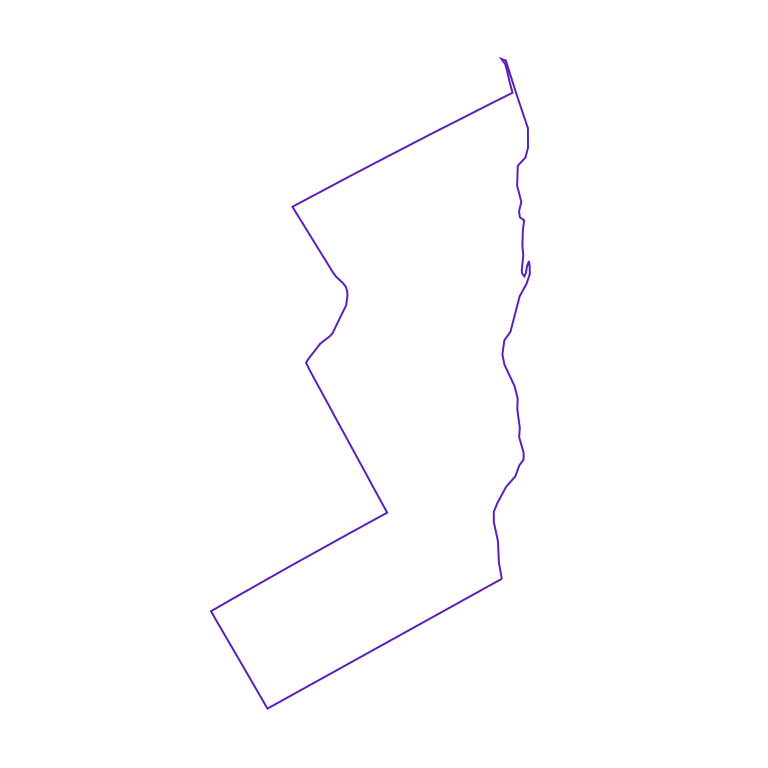 the border of Western Sahara, rotated 152°
{"feature_id": "ESH", "entity_name": "Western Sahara", "entity_type": "country or territory", "adm_level": 0, "iso_a3": "ESH", "parent_name": "Africa", "parent_adm1": "", "projection": "orthographic", "projection_center": [-13.3, 24.236], "detail": "fine", "context": "isolated", "style": "outline", "palette": "violet", "viewbox_px": 768, "rotation_deg": 152, "n_neighbors": 0, "source": "natural_earth", "source_scale": "50m", "svg_char_len": 1858}
<svg xmlns="http://www.w3.org/2000/svg" viewBox="0 0 768 768"><g transform="rotate(152 384 384)"><path d="M640.2,177.7L640.6,188.9L641.1,202.3L641.6,215.6L642.2,230.8L642.8,245.9L643.2,256.9L643.4,264.6L631.1,265.0L619.9,265.4L608.6,265.7L597.3,266.0L586.1,266.3L574.8,266.6L563.5,266.9L552.2,267.2L541.0,267.4L529.7,267.6L518.4,267.8L507.1,268.0L495.8,268.2L484.5,268.4L473.3,268.5L462.0,268.7L450.7,268.8L441.6,268.9L441.7,276.9L441.8,286.1L441.9,295.3L442.0,304.5L442.0,313.6L442.1,322.8L442.2,332.0L442.3,341.2L442.4,350.4L442.5,359.5L442.6,368.7L442.7,377.9L442.7,387.1L442.8,396.3L442.9,405.5L443.0,414.6L443.1,423.8L443.1,432.0L442.8,439.4L439.1,441.6L430.3,445.5L421.2,449.6L409.7,451.5L405.9,452.8L398.5,458.2L388.9,465.2L380.5,471.2L374.9,479.0L372.9,483.3L372.1,487.9L372.8,492.2L375.8,500.8L376.6,505.2L377.1,512.8L377.6,521.1L378.2,530.0L378.8,538.9L379.4,548.4L380.0,557.9L380.6,567.5L381.1,574.6L381.6,583.5L372.1,583.5L357.7,583.5L343.3,583.5L328.9,583.5L314.5,583.5L300.1,583.4L285.7,583.3L271.3,583.2L256.9,583.0L242.5,582.9L228.1,582.7L213.7,582.5L199.3,582.2L184.9,581.9L170.6,581.7L156.2,581.4L141.8,581.0L133.8,580.8L130.9,593.3L128.4,602.3L126.8,609.6L127.7,615.9L124.6,612.4L131.0,577.5L131.5,574.6L136.8,542.4L145.8,525.2L152.7,517.6L163.4,513.9L173.4,496.5L177.2,480.4L183.7,473.1L185.8,467.3L183.4,462.8L189.5,454.1L197.0,440.9L200.5,432.4L209.2,419.3L210.2,416.4L209.5,413.1L206.2,415.8L202.6,420.7L198.3,424.5L200.1,419.7L203.5,412.8L211.1,405.6L223.1,397.7L247.9,370.7L257.2,366.1L265.5,354.7L268.6,344.5L269.7,321.0L272.7,308.6L278.2,299.0L284.7,281.5L289.6,273.7L293.0,257.7L296.4,251.6L302.6,248.7L311.4,240.8L324.4,235.9L339.9,225.6L347.2,219.4L352.0,210.1L357.2,191.7L366.4,172.3L371.1,157.7L371.2,157.4L372.0,156.7L639.3,152.1L639.3,152.8L639.7,164.0L640.2,177.7Z" fill="none" stroke="#5b21b6" stroke-width="2"/></g></svg>